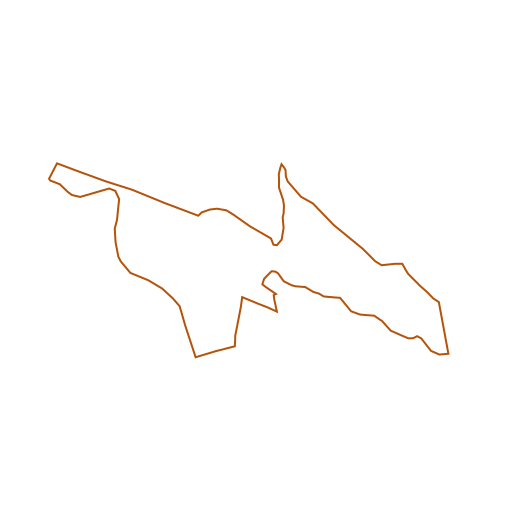 Palmiste, Soufrière, Saint Lucia, rotated 52°
{"feature_id": "8701671B68903094038939", "entity_name": "Palmiste", "entity_type": "district", "adm_level": 2, "iso_a3": "LCA", "parent_name": "Saint Lucia", "parent_adm1": "Soufrière", "projection": "mercator", "projection_center": [-61.056, 13.859], "detail": "fine", "context": "isolated", "style": "outline", "palette": "amber", "viewbox_px": 512, "rotation_deg": 52, "n_neighbors": 0, "source": "geoboundaries", "source_scale": "gbopen_adm2", "svg_char_len": 1657}
<svg xmlns="http://www.w3.org/2000/svg" viewBox="0 0 512 512"><g transform="rotate(52 256 256)"><path d="M67.7,371.5L69.8,371.7L78.7,366.4L89.5,364.9L94.6,363.5L101.2,358.2L106.8,344.2L112.4,330.2L118.0,326.8L126.9,328.8L135.8,337.4L141.9,343.2L147.5,350.5L158.7,358.2L171.8,364.9L177.0,365.9L192.0,365.4L201.3,360.1L208.8,355.8L223.8,350.0L238.3,347.6L248.6,347.1L267.8,354.8L298.6,365.9L304.1,351.8L306.1,346.6L314.1,328.3L312.9,327.2L310.3,324.9L306.1,321.5L294.4,308.0L286.9,299.4L279.9,292.2L284.5,289.6L294.4,284.0L296.1,283.0L303.3,278.7L312.7,273.8L301.0,268.1L297.7,266.1L298.2,263.7L290.2,266.2L287.4,267.1L283.5,268.2L282.2,268.4L279.0,263.7L278.4,259.6L277.6,253.1L280.4,250.2L281.5,249.9L283.2,249.3L288.6,249.5L293.0,249.7L301.0,245.9L304.2,243.5L310.8,236.3L319.7,232.9L324.4,229.5L326.0,228.9L329.5,227.6L337.3,219.3L340.7,215.5L344.2,215.4L358.1,215.1L363.4,211.8L366.0,210.2L368.6,207.5L375.8,199.6L381.9,197.7L384.7,196.7L397.8,195.8L407.7,190.5L414.7,186.6L417.5,182.8L418.4,178.4L422.6,176.5L432.0,176.5L438.5,176.5L446.5,172.2L451.5,164.6L404.9,140.3L398.7,142.4L389.6,143.4L381.0,145.0L363.8,147.1L358.8,146.6L352.2,145.5L347.7,151.3L340.6,162.7L333.5,165.3L316.3,167.4L279.4,175.7L249.6,178.8L237.0,184.1L216.7,185.1L211.7,183.5L206.6,179.9L203.6,179.4L199.4,179.4L201.3,182.3L205.5,187.6L210.2,191.0L216.3,195.8L228.5,200.1L233.6,203.0L239.2,207.8L242.0,211.2L250.9,217.0L258.9,225.7L260.3,232.9L257.9,235.3L251.4,233.4L228.9,242.5L209.7,248.3L201.8,251.2L194.8,257.5L191.0,263.7L188.2,271.9L188.7,276.7L157.8,295.5L127.4,312.9L104.9,328.3L82.5,342.3L60.5,355.8L67.7,371.5Z" fill="none" stroke="#b45309" stroke-width="2"/></g></svg>